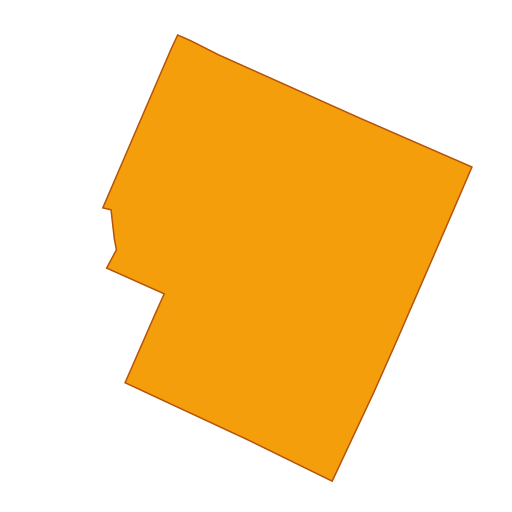 Bartholomew, Indiana, United States of America (Robinson projection), rotated 115°
{"feature_id": "52423323B99748552425099", "entity_name": "Bartholomew", "entity_type": "district", "adm_level": 2, "iso_a3": "USA", "parent_name": "United States of America", "parent_adm1": "Indiana", "projection": "robinson", "projection_center": [-85.902, 39.193], "detail": "fine", "context": "isolated", "style": "filled", "palette": "amber", "viewbox_px": 512, "rotation_deg": 115, "n_neighbors": 0, "source": "geoboundaries", "source_scale": "gbopen_adm2", "svg_char_len": 422}
<svg xmlns="http://www.w3.org/2000/svg" viewBox="0 0 512 512"><g transform="rotate(115 256 256)"><path d="M84.1,97.9L87.2,221.3L89.5,374.7L88.5,405.5L88.8,420.4L104.4,420.4L277.1,415.2L275.4,406.9L288.5,398.9L300.7,391.4L309.4,385.1L330.1,386.3L329.1,323.2L351.0,322.9L426.2,321.1L426.1,184.5L427.9,91.8L330.0,91.6L279.7,92.5L198.6,94.6L133.7,96.4L84.1,97.9Z" fill="#f59e0b" stroke="#b45309" stroke-width="1.5"/></g></svg>